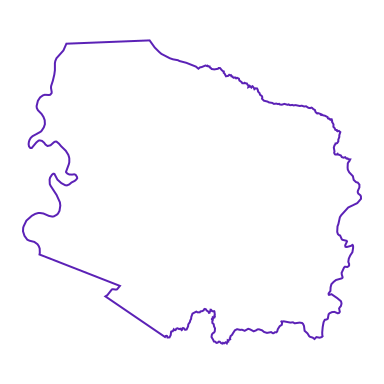 Obando, Valle del Cauca, Colombia (Natural Earth projection)
{"feature_id": "7082276B70785210683383", "entity_name": "Obando", "entity_type": "district", "adm_level": 2, "iso_a3": "COL", "parent_name": "Colombia", "parent_adm1": "Valle del Cauca", "projection": "natural_earth1", "projection_center": [-75.925, 4.598], "detail": "fine", "context": "isolated", "style": "outline", "palette": "violet", "viewbox_px": 384, "rotation_deg": 0, "n_neighbors": 0, "source": "geoboundaries", "source_scale": "gbopen_adm2", "svg_char_len": 5932}
<svg xmlns="http://www.w3.org/2000/svg" viewBox="0 0 384 384"><path d="M347.0,241.5L346.6,240.8L342.4,239.8L341.8,239.3L340.1,235.5L339.1,235.2L337.9,234.1L337.2,231.9L337.5,226.4L338.4,224.0L339.9,217.2L341.2,215.2L348.2,207.5L357.3,203.1L361.0,198.8L360.9,196.3L360.4,195.3L358.2,193.5L357.7,192.0L357.9,190.8L359.4,187.4L359.4,184.6L357.8,182.6L356.0,182.1L353.7,179.9L352.9,176.2L349.2,172.3L347.8,169.6L347.6,167.5L347.8,163.4L348.3,162.3L349.2,161.4L350.2,159.4L348.2,159.2L347.6,158.4L346.5,158.6L345.2,157.2L343.7,157.7L341.8,157.1L340.9,155.5L338.9,154.7L338.0,154.6L337.6,153.8L336.7,154.5L335.4,154.5L334.9,154.3L334.3,153.2L334.2,152.5L334.5,151.4L333.8,147.6L334.5,145.3L335.5,144.1L335.5,143.5L337.2,143.1L338.3,141.4L338.3,139.7L339.3,137.0L339.3,135.2L340.3,132.1L338.9,130.9L337.6,131.3L337.0,130.9L336.8,130.0L335.4,129.9L334.6,128.1L333.4,126.8L333.5,124.4L332.0,121.8L332.2,121.2L331.7,119.3L331.1,119.2L330.3,119.8L329.3,118.6L328.4,118.7L327.9,118.3L327.6,117.1L324.9,115.7L323.0,115.3L321.9,114.6L321.4,115.0L320.8,114.8L320.6,114.0L317.9,113.1L317.3,113.5L316.8,113.3L315.5,111.9L314.9,110.0L313.3,109.1L312.1,107.9L311.4,107.6L310.1,108.1L308.4,107.8L306.1,106.3L304.1,106.5L301.8,105.7L299.8,106.0L295.6,105.1L293.5,105.4L292.2,104.9L290.6,105.2L289.4,105.0L288.7,104.4L287.6,104.8L284.4,103.9L281.8,104.7L279.9,104.5L279.1,103.8L278.0,104.1L276.3,103.6L273.9,103.9L272.2,102.9L268.9,102.4L267.6,101.6L263.9,100.7L262.0,98.7L262.3,97.2L261.9,96.1L260.0,94.7L259.6,93.2L258.1,91.6L257.8,90.0L257.1,88.5L255.6,88.3L254.4,89.2L253.8,87.8L252.5,86.2L251.9,86.5L251.3,87.5L249.8,85.9L249.2,86.8L248.3,87.2L248.6,85.6L247.5,84.7L246.9,83.5L245.6,83.3L244.6,82.8L244.1,83.3L242.3,83.2L241.6,82.1L239.4,80.5L238.9,78.7L238.5,78.5L237.0,77.8L236.1,78.4L235.0,77.4L233.7,77.8L232.8,77.2L232.4,76.4L231.5,76.4L230.9,75.1L230.3,75.3L229.2,74.8L228.1,75.9L226.0,76.3L224.5,73.5L223.7,72.8L223.8,71.5L223.1,71.3L221.6,70.0L220.1,68.1L218.7,68.0L217.9,68.8L214.3,69.4L211.6,69.0L210.7,67.9L210.0,67.6L209.6,66.5L208.9,66.6L208.3,66.1L207.7,66.2L207.4,65.7L206.8,66.0L205.5,65.5L201.6,67.1L200.1,67.3L198.4,68.7L195.9,66.6L186.3,62.8L179.4,61.0L177.9,60.2L172.9,59.3L169.7,58.2L161.4,53.9L159.1,51.9L154.7,47.5L149.6,40.4L66.4,43.7L63.4,50.5L56.5,58.2L55.3,61.0L54.9,63.2L54.9,70.2L54.3,74.6L52.8,80.9L51.1,86.1L51.0,88.0L51.7,92.0L51.6,93.1L50.3,94.7L49.1,95.0L44.7,94.8L42.9,95.4L40.1,97.4L37.9,100.8L36.6,106.1L36.8,108.0L37.9,110.2L41.6,114.0L43.5,117.0L44.7,120.2L44.9,124.2L43.8,127.4L41.6,130.8L40.7,131.7L32.5,136.2L30.7,137.9L29.5,140.0L28.9,141.9L28.6,144.1L29.0,146.4L30.3,148.0L31.7,148.0L36.4,142.4L38.6,140.6L39.7,140.4L42.0,140.9L44.1,142.7L45.5,144.6L47.5,146.0L50.5,145.3L54.0,142.2L55.2,141.6L56.5,141.6L59.0,143.7L61.1,146.2L65.8,150.8L68.3,154.8L69.0,157.0L69.3,158.4L69.3,162.2L68.8,164.3L66.0,171.9L66.1,172.3L67.4,173.6L69.3,174.5L72.2,174.6L74.2,174.3L75.6,174.8L77.0,177.0L77.2,178.2L76.3,179.5L74.7,180.9L71.5,182.5L69.3,184.4L66.9,185.4L65.2,185.2L61.3,183.1L57.4,179.6L54.4,173.9L53.3,173.7L52.0,174.7L50.1,177.6L49.6,179.6L49.8,184.1L50.6,185.8L56.6,195.0L59.9,202.3L60.3,205.6L59.5,210.8L58.0,213.6L56.7,214.8L53.8,216.4L52.4,216.6L48.9,215.9L43.4,213.5L40.0,213.0L38.3,213.0L35.2,213.9L31.8,215.8L26.4,220.6L23.7,226.2L23.2,227.7L23.0,231.3L24.5,235.9L27.3,239.7L29.5,240.7L34.3,241.9L37.5,244.2L38.8,246.2L39.7,248.6L39.8,252.9L39.5,254.5L119.9,285.9L117.1,289.3L116.0,289.6L112.8,289.2L111.8,289.5L107.4,295.1L105.4,296.4L165.0,337.0L165.7,336.0L166.5,335.8L167.0,336.0L167.5,337.5L169.5,337.4L170.7,335.1L171.1,331.8L171.4,331.4L172.7,331.3L173.8,329.3L174.5,330.1L175.2,330.2L175.7,329.9L176.3,328.7L177.5,328.3L179.2,329.1L180.3,328.7L181.7,330.1L182.2,329.6L182.3,328.4L183.0,328.0L184.0,328.4L185.1,329.8L186.6,329.5L188.1,326.3L188.3,324.4L189.9,322.0L190.3,320.3L191.1,318.9L191.3,316.9L192.5,313.6L196.3,311.6L197.5,312.3L199.8,312.3L200.5,311.4L202.0,311.2L203.6,310.4L204.2,309.2L204.8,308.9L205.9,309.3L206.6,310.5L208.3,311.6L209.0,312.9L209.6,312.7L209.7,311.8L210.1,311.4L210.5,309.9L210.8,310.1L210.7,311.3L211.4,310.2L212.2,311.1L213.1,311.4L214.1,311.1L214.4,311.4L214.8,314.6L214.4,315.3L214.9,316.2L214.5,317.3L213.9,317.1L213.5,317.9L212.7,317.4L212.4,318.8L211.9,319.0L211.9,319.4L212.8,320.0L212.3,321.5L212.4,323.0L213.7,324.2L214.0,326.3L215.0,328.4L214.8,331.2L214.2,332.4L212.8,333.3L211.9,334.5L211.5,337.0L213.2,339.9L213.9,341.5L215.3,341.7L216.4,342.9L217.6,342.7L218.8,341.6L219.7,341.7L221.1,343.1L222.3,343.6L223.0,342.8L224.0,343.4L225.7,342.3L226.8,343.4L227.3,342.2L228.0,341.8L227.6,341.4L227.7,340.3L228.4,340.7L229.2,339.8L230.2,339.3L229.8,338.2L230.2,337.8L230.5,336.2L232.3,334.6L232.6,333.8L234.9,330.3L237.1,329.2L240.2,329.9L241.9,329.7L244.7,330.8L248.2,328.8L250.1,329.4L253.7,331.3L256.0,330.4L257.5,329.4L258.9,329.3L262.0,330.3L264.1,332.0L267.0,332.9L271.1,332.1L272.8,333.2L273.6,333.2L275.0,332.2L276.4,332.3L277.2,331.4L277.8,329.2L279.7,326.2L281.8,324.8L282.1,322.9L281.4,321.5L281.8,321.3L282.6,321.6L283.7,321.3L290.4,322.6L292.9,322.3L294.7,323.3L299.6,322.6L302.1,323.0L303.1,324.0L304.0,326.0L304.6,330.8L307.5,333.4L309.2,336.2L310.0,336.8L312.7,337.6L314.5,339.0L316.4,337.1L319.6,337.7L321.7,337.1L322.6,336.2L322.3,335.2L322.2,332.5L322.7,327.0L323.6,322.1L324.8,319.8L326.6,319.5L327.8,318.7L328.6,314.3L329.5,313.3L332.0,312.1L334.5,311.9L337.8,313.3L339.1,312.9L339.8,311.8L339.1,308.5L339.9,307.1L340.7,306.4L341.3,304.6L341.5,303.3L341.0,301.3L337.2,298.1L331.5,294.2L329.0,294.9L328.7,294.6L328.6,293.4L330.4,291.0L330.6,287.3L331.4,284.2L333.6,281.9L336.0,280.0L341.7,278.4L342.4,277.9L342.6,277.2L341.8,274.6L341.6,272.9L344.0,267.6L345.0,266.7L347.3,267.0L348.6,266.2L349.1,265.4L349.1,263.9L348.3,261.9L348.8,258.6L350.2,255.5L352.4,252.2L353.1,248.0L353.1,246.4L352.9,245.3L352.4,244.9L351.2,245.8L347.2,246.9L346.1,247.0L345.4,246.7L345.2,245.3L347.0,241.5Z" fill="none" stroke="#5b21b6" stroke-width="2"/></svg>